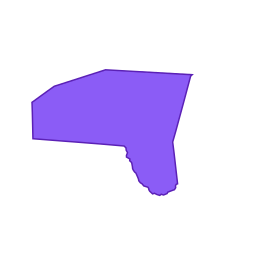 Nova Colinas, Maranhão, Brazil, rotated 324°
{"feature_id": "56859067B45184802604131", "entity_name": "Nova Colinas", "entity_type": "district", "adm_level": 2, "iso_a3": "BRA", "parent_name": "Brazil", "parent_adm1": "Maranhão", "projection": "orthographic", "projection_center": [-46.287, -7.173], "detail": "fine", "context": "isolated", "style": "filled", "palette": "violet", "viewbox_px": 256, "rotation_deg": 324, "n_neighbors": 0, "source": "geoboundaries", "source_scale": "gbopen_adm2", "svg_char_len": 851}
<svg xmlns="http://www.w3.org/2000/svg" viewBox="0 0 256 256"><g transform="rotate(324 128 128)"><path d="M211.2,122.6L144.0,67.7L92.9,50.9L85.1,50.8L65.4,50.8L64.7,51.9L59.6,59.4L44.8,80.8L71.3,103.4L75.8,107.2L97.7,125.9L114.2,140.2L114.7,142.8L113.4,145.1L113.2,147.5L112.2,148.3L110.7,149.2L109.7,150.6L111.3,154.2L110.1,155.5L110.5,157.1L110.5,158.4L108.9,161.8L107.8,163.7L107.5,165.6L107.5,167.6L107.9,169.1L107.2,172.4L106.5,175.3L105.7,177.1L105.8,179.5L106.6,181.5L106.7,184.1L109.3,187.6L109.2,189.0L108.6,190.2L108.4,191.9L109.2,195.8L111.0,196.3L112.3,198.8L114.1,201.2L115.9,201.1L117.4,203.1L121.1,204.0L122.4,203.3L125.2,204.0L127.7,204.7L129.3,205.2L131.5,204.3L132.4,202.7L133.9,201.9L135.3,202.3L150.5,175.4L155.9,165.6L165.2,158.3L187.5,140.4L209.1,122.9L211.2,122.6Z" fill="#8b5cf6" stroke="#5b21b6" stroke-width="1.5"/></g></svg>